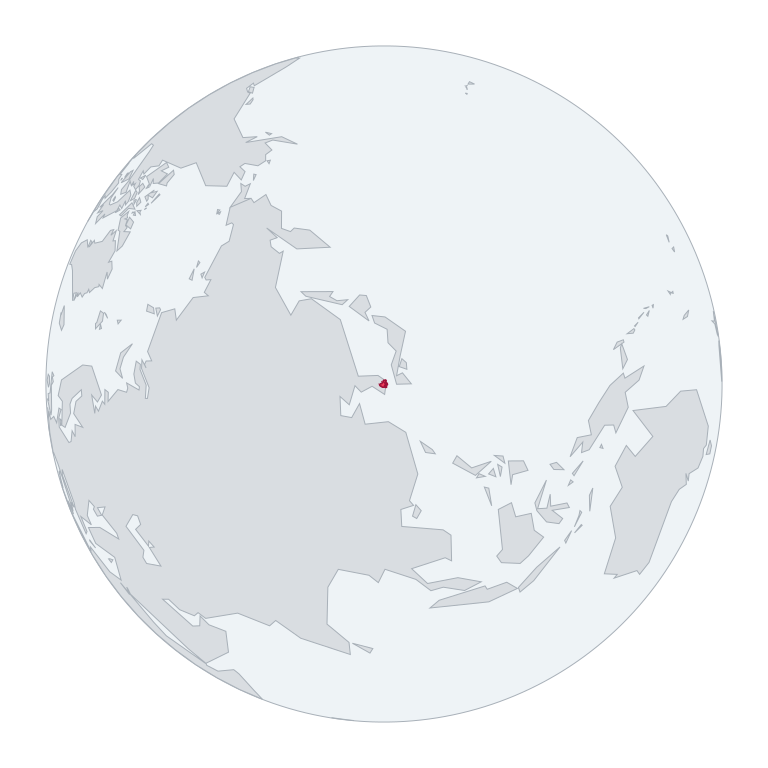 South Gyeongsang highlighted on a globe, orthographic projection, rotated 295°
{"feature_id": "KOR-2505", "entity_name": "South Gyeongsang", "entity_type": "Province", "adm_level": 1, "iso_a3": "KOR", "parent_name": "South Korea", "parent_adm1": "", "projection": "orthographic", "projection_center": [128.367, 35.249], "detail": "fine", "context": "on_globe", "style": "filled", "palette": "rose", "viewbox_px": 768, "rotation_deg": 295, "n_neighbors": 0, "source": "natural_earth", "source_scale": "10m", "svg_char_len": 14448}
<svg xmlns="http://www.w3.org/2000/svg" viewBox="0 0 768 768"><g transform="rotate(295 384 384)"><circle cx="384" cy="384" r="338" fill="#eef3f6" stroke="#a8b0b8"/><path d="M638.6,576.7L638.3,578.2L638.0,578.7L638.6,576.7ZM644.3,168.5L642.1,166.1L643.6,169.7L630.1,161.4L599.5,140.4L601.5,138.5L593.9,134.5L591.0,137.0L590.9,139.8L560.9,136.1L547.7,152.0L554.6,164.6L544.4,156.6L564.9,186.8L564.8,204.2L558.1,180.1L552.2,174.4L548.7,183.5L541.9,179.8L536.3,182.4L528.5,177.5L525.1,164.7L520.0,161.6L517.8,168.3L508.6,168.4L512.5,158.7L496.8,158.0L488.4,138.6L505.2,120.3L493.8,108.7L493.3,88.7L486.6,87.8L482.2,80.9L472.8,77.7L475.4,75.7L465.7,75.0L465.1,77.4L460.7,78.1L455.1,76.7L457.4,73.7L460.6,73.9L458.3,72.4L461.9,71.6L457.0,71.2L460.5,68.2L448.8,69.2L444.7,65.2L449.2,63.9L459.4,66.6L495.3,73.1L503.0,74.1L503.6,71.9L482.4,61.6L486.5,62.3L484.3,61.3L507.4,69.4L529.7,79.1L551.4,90.4L572.1,103.3L591.9,117.6L610.6,133.3L628.1,150.3L644.3,168.5ZM484.0,61.2L477.2,59.2L476.3,59.5L462.5,56.2L463.1,57.8L457.6,57.1L454.0,58.5L443.1,55.8L434.4,52.7L436.8,51.7L433.1,50.7L421.5,50.1L417.1,47.9L406.2,46.8L432.5,49.6L458.5,54.4L484.0,61.2ZM694.1,339.3L691.3,333.4L694.1,333.7L694.1,339.3ZM688.7,332.1L689.9,333.6L688.8,332.8L688.7,332.1ZM687.4,333.1L688.4,332.4L687.5,333.9L687.4,333.1ZM685.9,335.3L686.6,333.8L686.6,334.2L685.9,335.3ZM682.5,336.6L681.6,336.7L682.0,334.7L682.5,336.6ZM592.0,141.9L591.6,137.6L596.8,137.1L597.9,140.9L592.0,141.9ZM581.2,144.4L579.1,140.8L587.8,144.3L586.3,145.2L581.2,144.4ZM561.1,175.0L562.1,170.1L563.4,176.3L561.1,175.0ZM536.9,183.7L538.8,186.4L535.1,186.7L536.9,183.7ZM460.2,60.1L457.2,59.3L459.4,59.4L460.2,60.1ZM461.5,61.6L466.3,62.3L467.6,63.1L464.7,62.7L461.5,61.6ZM519.7,179.6L513.2,179.6L519.2,177.3L519.7,179.6ZM455.3,60.7L469.4,64.6L471.6,66.3L462.1,66.2L455.3,60.7ZM509.0,178.2L493.2,179.3L496.1,185.1L479.1,169.9L498.1,173.5L505.2,169.5L504.5,174.6L509.0,178.2ZM467.4,78.9L467.7,76.2L472.6,79.9L467.4,78.9ZM471.6,81.2L492.9,93.3L489.5,97.3L483.1,92.1L482.9,98.9L470.9,94.7L468.2,90.1L472.8,88.2L464.7,88.2L471.6,81.2ZM472.3,161.7L468.0,160.4L471.8,159.4L472.3,161.7ZM459.3,78.7L463.9,80.6L461.4,84.0L451.7,81.0L455.6,80.8L459.3,78.7ZM488.8,102.9L485.2,105.3L474.5,102.5L471.6,103.2L470.3,95.0L488.8,102.9ZM453.4,79.3L446.8,79.5L443.0,76.7L454.6,77.2L453.4,79.3ZM464.8,86.3L463.1,87.9L460.9,85.9L464.8,86.3ZM425.6,68.0L431.1,69.5L430.3,71.3L425.6,68.0ZM444.7,79.8L446.0,80.7L446.3,81.8L441.4,81.4L444.7,79.8ZM462.8,93.9L459.1,92.4L462.8,97.0L454.9,95.5L455.4,90.5L451.9,92.1L449.4,91.7L452.6,88.2L462.8,93.9ZM437.2,84.4L435.2,78.3L425.1,74.7L425.5,72.8L441.7,79.0L437.2,84.4ZM446.0,86.8L440.6,84.8L443.9,83.2L449.6,83.7L446.0,86.8ZM449.3,96.5L461.3,100.0L460.8,101.0L449.3,96.5ZM433.6,83.5L434.2,85.1L432.5,83.4L433.6,83.5ZM443.7,92.7L448.1,93.7L447.3,94.8L443.7,92.7ZM431.7,87.6L431.1,85.5L434.9,85.5L431.7,87.6ZM436.7,90.1L434.7,91.5L436.6,86.8L438.7,90.4L436.7,90.1ZM442.4,93.6L443.3,94.6L440.7,93.1L442.4,93.6ZM417.5,88.8L419.1,82.9L427.6,83.0L424.9,88.6L417.5,88.8ZM154.8,135.7L148.7,141.8L143.8,146.9L136.1,154.4L108.5,189.3L112.2,186.9L97.9,214.9L95.2,228.6L113.1,213.2L117.7,190.1L129.0,176.8L133.9,187.0L131.4,209.1L135.8,204.8L146.2,184.0L154.7,183.1L150.8,176.6L145.7,183.6L143.1,180.1L147.7,173.6L150.5,173.3L153.8,165.8L139.5,170.6L132.7,178.3L135.8,165.3L124.8,177.2L122.4,177.3L140.1,157.3L145.3,153.4L170.6,128.4L165.4,131.1L141.2,155.3L144.7,150.6L137.5,155.9L145.8,148.2L173.7,122.4L182.5,113.3L180.3,114.4L204.2,97.9L197.2,102.5L203.1,99.2L220.7,89.0L212.9,94.1L217.6,91.8L211.1,96.9L215.1,98.4L210.5,103.7L224.8,99.6L224.4,102.1L216.0,103.5L207.7,107.9L197.8,123.2L199.6,124.7L209.8,121.1L205.7,126.4L216.8,121.1L217.4,129.3L226.0,115.3L238.1,112.2L245.4,115.2L250.9,112.1L239.1,107.4L233.0,107.9L225.2,112.2L209.9,113.3L210.5,109.4L232.4,99.8L235.8,93.6L251.4,90.0L273.9,102.9L276.7,111.6L254.6,132.6L246.6,131.9L250.5,123.7L235.1,134.3L242.0,131.9L238.7,136.7L249.4,136.0L247.6,139.5L261.0,133.4L260.0,137.6L251.5,141.3L266.5,145.2L267.7,154.2L272.0,153.5L276.2,150.3L275.0,164.5L278.2,163.5L279.8,158.3L287.3,153.1L300.0,149.8L298.9,154.9L294.1,156.7L282.5,168.9L270.1,173.8L270.9,175.7L281.4,172.7L295.6,157.7L303.6,154.4L298.0,161.6L300.6,158.7L304.3,158.7L306.8,163.7L313.5,156.0L354.7,152.3L363.7,162.6L354.1,168.8L381.7,174.5L389.7,187.5L391.1,182.4L405.4,183.0L403.1,178.8L404.9,176.5L440.4,178.3L447.9,183.3L464.9,180.2L465.7,177.9L461.1,173.8L479.1,169.9L496.1,185.1L493.4,189.5L505.8,196.9L498.1,206.2L497.4,218.1L481.7,225.3L482.6,234.8L487.4,236.7L492.1,251.7L485.2,277.4L469.6,247.9L475.8,211.7L471.5,225.3L466.2,220.0L460.7,223.7L458.2,234.0L461.8,236.5L425.6,244.8L407.0,270.5L423.5,272.0L430.6,282.2L423.9,317.2L380.2,357.4L389.2,374.9L387.5,385.0L374.8,389.0L376.9,374.2L367.0,366.8L370.2,358.4L350.5,361.3L354.1,349.4L337.1,358.2L339.9,368.9L355.9,370.1L339.6,383.9L351.7,403.9L349.4,424.2L316.7,452.7L289.0,456.4L286.5,462.1L277.4,452.3L262.4,460.3L276.8,499.2L275.3,508.6L252.3,520.0L252.4,512.9L228.3,487.1L221.6,507.8L239.7,532.8L245.8,555.7L230.9,544.3L224.9,523.6L216.5,513.9L220.4,495.5L216.5,463.2L201.6,462.8L204.3,451.2L196.7,420.9L176.1,419.0L142.3,433.8L135.0,461.5L124.6,467.8L118.4,416.0L123.9,385.8L116.5,382.5L114.5,348.2L96.2,321.4L98.2,312.1L93.8,310.1L93.1,294.2L97.9,279.7L95.4,274.3L83.8,313.0L87.0,319.2L96.1,315.3L91.8,327.1L93.0,345.2L75.2,356.4L55.6,340.6L61.4,318.3L86.4,243.0L90.0,238.6L90.4,237.9L91.2,236.6L85.6,242.5L92.5,229.1L70.8,275.9L63.8,293.1L55.2,341.2L54.1,342.3L53.6,354.9L61.6,368.6L60.0,375.1L51.5,395.4L46.9,407.1L46.1,381.9L47.2,356.8L50.1,331.8L55.0,307.1L61.6,282.8L70.0,259.1L80.2,236.1L92.0,213.9L105.5,192.6L120.5,172.4L137.0,153.4L154.8,135.7ZM121.0,244.7L124.7,258.8L136.7,240.4L139.1,244.6L142.3,237.2L137.5,239.1L147.3,220.3L153.9,222.8L160.4,216.4L159.5,211.5L146.0,210.3L131.8,236.7L125.1,238.7L121.0,244.7ZM249.7,77.5L243.1,80.6L239.2,81.3L245.2,77.0L250.9,75.6L249.7,77.5ZM234.8,85.1L254.9,78.1L252.0,81.3L250.2,80.5L246.3,83.3L242.3,83.0L219.9,93.8L215.0,95.4L228.6,85.1L226.9,87.2L233.4,83.7L234.8,85.1ZM311.3,62.0L320.0,61.1L302.5,68.9L296.4,69.0L301.9,64.0L312.4,61.1L311.3,62.0ZM435.9,60.6L440.3,61.2L439.7,61.8L435.4,61.8L435.9,60.6ZM428.2,68.6L415.8,59.2L420.2,59.2L407.6,54.8L414.4,53.4L422.4,56.1L418.1,52.2L428.1,54.1L423.9,51.7L440.9,57.9L449.7,60.1L437.3,58.0L430.8,59.1L430.6,60.3L436.6,65.6L452.3,71.8L448.3,74.7L441.3,75.1L437.0,74.0L440.9,72.3L432.2,72.1L434.6,69.0L428.2,68.6ZM362.1,89.0L368.5,85.7L351.5,88.4L353.8,83.7L351.7,84.4L349.1,81.1L342.4,78.4L345.0,76.4L341.2,76.3L339.5,74.4L335.2,73.7L338.3,70.2L333.4,69.3L337.7,68.2L328.3,67.6L336.7,66.6L335.2,64.6L327.8,66.6L355.2,53.7L360.2,50.4L359.8,48.6L374.3,48.2L384.0,50.1L389.3,54.1L382.5,57.9L390.3,57.5L389.3,59.4L383.5,58.9L391.8,60.8L389.4,62.4L394.2,68.4L407.6,71.2L409.7,73.8L403.3,73.6L409.8,76.5L399.1,77.9L400.4,80.0L391.0,84.0L377.9,82.9L380.3,85.4L373.3,89.0L362.1,89.0ZM414.6,89.7L398.4,88.5L391.7,85.7L410.7,80.1L411.1,78.0L423.1,75.2L432.5,79.7L428.2,80.0L426.3,81.4L424.1,79.4L424.4,82.0L418.4,82.7L417.1,85.1L412.2,83.9L414.6,89.7ZM144.7,146.9L142.1,150.0L139.4,153.7L134.8,157.6L144.7,146.9ZM163.4,129.0L162.0,130.7L154.2,137.1L157.0,134.2L163.4,129.0ZM167.8,126.7L162.5,130.3L167.0,126.6L167.8,126.7ZM215.4,105.2L214.6,107.3L212.0,108.5L209.3,108.7L215.4,105.2ZM312.1,99.2L316.9,97.0L318.3,97.7L330.4,96.1L329.6,99.9L322.0,102.3L312.1,99.2ZM110.1,212.6L107.0,212.3L109.1,208.3L109.7,209.2L110.1,212.6ZM118.5,182.8L113.5,191.9L117.4,183.8L118.5,182.8ZM313.3,103.0L318.4,101.8L314.9,104.5L313.3,103.0ZM329.7,102.7L326.7,105.8L330.9,100.2L329.7,102.7ZM60.5,481.7L59.4,477.4L65.2,496.0L66.3,499.1L60.5,481.7ZM329.6,619.6L340.0,622.2L339.7,623.3L329.6,619.6ZM318.6,613.8L330.4,616.0L316.7,616.0L318.6,613.8ZM335.0,616.9L347.0,616.3L352.1,615.1L351.3,617.4L335.0,616.9ZM310.7,612.4L269.0,602.8L252.9,595.2L256.4,591.8L282.4,599.8L310.7,612.4ZM255.1,591.3L230.9,571.1L200.4,520.3L211.3,525.4L243.7,560.9L241.6,564.3L256.2,579.0L255.1,591.3ZM314.9,582.0L312.7,593.4L289.3,587.6L278.9,583.2L271.7,565.9L275.7,558.9L284.1,561.3L318.6,540.6L330.3,549.7L319.3,559.5L329.0,572.1L314.9,582.0ZM135.7,464.9L139.5,485.7L134.2,485.0L135.7,464.9ZM333.9,523.0L319.1,533.1L333.0,518.5L333.9,523.0ZM342.9,508.1L343.1,514.8L338.0,507.5L342.9,508.1ZM284.9,471.3L275.9,470.5L276.3,465.7L288.1,463.9L284.9,471.3ZM347.4,441.1L345.0,455.5L342.4,460.0L339.5,450.6L347.4,441.1ZM314.2,139.0L298.2,136.5L286.2,138.3L278.6,144.7L282.4,135.2L300.9,132.2L314.2,139.0ZM349.8,149.9L356.3,145.1L358.2,148.5L356.9,150.1L349.8,149.9ZM350.5,146.1L349.7,138.0L356.4,136.3L355.7,142.9L350.5,146.1ZM330.8,118.8L326.1,117.6L329.1,115.3L330.8,118.8ZM560.4,671.3L564.9,669.1L555.4,675.1L542.1,682.7L528.9,689.1L560.4,671.3ZM458.4,708.8L456.2,705.8L471.1,703.2L466.4,706.9L458.4,708.8ZM569.8,665.1L578.2,658.5L579.8,654.5L580.7,656.9L589.3,651.6L568.2,667.1L569.8,665.1ZM398.9,694.2L334.3,699.6L319.5,696.1L321.8,692.1L305.3,674.6L310.0,675.8L305.1,663.9L342.4,659.0L368.7,640.7L391.1,643.6L407.1,628.2L430.7,629.6L424.5,642.3L450.1,649.8L465.2,620.9L482.9,649.1L502.9,655.9L510.9,669.7L482.9,695.7L464.9,701.9L460.5,700.9L453.2,703.6L440.6,704.1L431.7,698.4L424.6,700.8L430.6,695.4L420.8,700.4L413.3,696.1L398.9,694.2ZM569.0,627.7L573.0,627.1L579.9,628.9L573.4,630.5L569.0,627.7ZM628.5,587.8L630.6,588.6L626.4,591.6L628.5,587.8ZM638.0,578.7L632.9,582.6L638.6,576.7L638.0,578.7ZM587.9,605.6L590.0,606.6L588.4,607.8L587.9,605.6ZM586.2,605.6L588.3,602.1L588.3,604.9L586.2,605.6ZM566.4,595.8L568.6,593.7L569.8,594.6L566.4,595.8ZM355.6,624.3L369.9,617.2L378.0,617.2L355.6,624.3ZM562.8,593.4L556.9,594.5L557.5,592.7L562.8,593.4ZM563.0,589.4L562.2,587.2L566.2,591.8L563.0,589.4ZM551.5,586.7L558.9,589.3L550.8,587.4L551.5,586.7ZM547.4,588.2L542.2,587.3L542.5,586.5L547.4,588.2ZM491.1,599.9L510.2,612.0L495.3,613.5L478.4,606.1L466.1,615.2L437.7,614.8L443.9,609.5L439.9,601.4L411.1,597.7L405.3,592.0L415.4,588.7L396.7,583.4L417.1,581.8L425.6,593.4L437.3,584.7L457.8,586.6L478.2,589.4L495.0,596.3L491.1,599.9ZM417.6,606.5L421.2,606.6L418.2,609.7L417.6,606.5ZM532.3,583.1L539.8,587.1L539.0,588.5L535.4,588.4L532.3,583.1ZM498.7,594.0L516.6,582.9L520.9,582.5L509.1,594.3L498.7,594.0ZM512.1,577.4L520.5,577.6L525.2,582.2L523.4,583.8L512.1,577.4ZM376.0,593.7L375.2,596.8L370.0,593.9L376.0,593.7ZM382.6,592.5L398.5,597.0L381.2,595.0L382.6,592.5ZM335.9,575.9L340.3,584.1L354.4,581.2L343.7,586.7L353.5,600.1L350.4,604.2L340.6,589.8L337.6,602.8L331.4,601.6L327.7,589.6L333.8,576.1L340.0,571.0L365.6,571.8L335.9,575.9ZM382.4,583.3L378.3,574.1L381.4,568.4L385.9,573.5L382.4,583.3ZM366.6,551.0L356.2,538.9L346.4,541.7L366.8,529.2L373.3,542.9L366.6,551.0ZM358.6,526.1L349.3,528.6L359.2,521.0L358.6,526.1ZM347.2,524.6L346.7,516.8L353.7,518.8L347.2,524.6ZM363.3,527.0L365.9,514.2L369.0,522.3L363.3,527.0ZM345.0,498.9L359.3,513.9L339.8,505.5L341.3,479.7L349.8,480.4L345.0,498.9ZM407.0,398.5L406.2,390.5L414.5,389.5L412.8,395.2L407.0,398.5ZM440.9,381.2L416.5,386.7L396.8,391.9L401.9,396.0L395.7,408.7L389.1,395.5L404.4,382.5L419.0,381.1L423.1,370.2L434.9,363.7L435.3,349.7L441.0,344.2L445.2,356.6L440.9,381.2ZM434.8,343.8L439.6,319.7L454.4,324.3L456.7,330.6L448.2,339.5L440.9,336.5L434.8,343.8ZM445.1,315.5L438.2,312.6L430.5,276.1L432.6,269.8L446.2,298.7L440.3,297.7L439.6,306.2L445.1,315.5ZM468.3,163.2L468.0,160.7L471.0,163.1L468.3,163.2ZM403.3,174.3L406.2,171.6L409.6,174.1L403.3,174.3ZM416.3,165.8L410.4,164.8L417.1,163.8L416.3,165.8ZM397.0,163.0L408.2,163.3L396.9,166.2L397.0,163.0Z" fill="#d9dde1" stroke="#a8b0b8" stroke-width="1"/><path d="M386.9,384.7L386.7,385.0L386.6,384.7L386.5,384.8L386.5,385.0L386.4,385.0L386.0,385.0L386.0,384.9L386.0,385.0L385.9,385.0L385.8,384.9L385.7,384.8L385.6,384.6L385.5,384.8L385.4,384.7L385.2,384.6L385.2,384.4L385.2,384.2L385.1,384.3L385.1,384.5L385.1,384.8L385.3,384.9L385.3,385.0L385.2,385.1L385.4,385.1L385.2,385.1L385.0,384.9L384.8,384.9L384.7,384.9L384.6,385.0L384.3,385.1L384.1,385.2L384.1,385.3L384.5,385.2L384.6,385.3L384.6,385.5L384.4,385.5L384.4,385.9L384.3,386.1L384.5,386.0L384.3,386.4L384.2,386.4L383.9,386.2L384.0,386.0L383.8,385.8L383.7,386.0L383.5,385.9L383.4,385.8L383.2,385.9L383.2,386.0L382.9,386.1L382.8,385.9L382.7,385.9L382.5,385.7L382.5,385.3L382.5,385.2L382.4,385.2L382.3,385.3L382.2,385.3L382.3,385.5L382.1,385.5L382.0,385.4L381.9,385.4L381.9,385.5L381.7,385.8L381.4,385.8L381.3,385.7L381.2,385.4L380.9,385.1L380.8,384.9L380.7,384.7L380.5,384.2L380.4,384.0L380.4,383.8L380.5,383.7L380.5,383.4L380.7,383.2L380.8,383.0L380.7,383.0L380.6,382.9L380.7,382.7L380.6,382.4L380.5,382.2L380.6,381.9L380.6,381.7L380.8,381.5L380.8,381.3L380.8,381.1L381.1,380.9L381.1,380.7L381.3,380.7L381.6,380.5L381.7,380.4L381.8,380.2L381.9,380.4L382.0,380.4L382.1,380.5L382.3,380.6L382.7,380.7L382.8,380.8L383.0,381.0L383.3,381.3L383.2,381.6L383.3,381.9L383.6,381.9L383.9,381.9L384.0,381.9L384.1,382.0L384.3,382.1L384.5,381.9L384.8,381.8L384.9,381.7L384.9,382.0L385.0,382.2L385.2,382.3L385.5,382.2L385.7,382.3L385.8,382.3L386.0,382.3L386.2,382.2L386.3,382.2L386.6,382.0L386.8,382.0L387.1,382.0L387.1,382.3L387.0,382.5L387.3,382.7L387.5,382.8L387.7,383.0L387.9,383.2L388.0,383.3L388.2,383.5L388.3,383.6L388.3,383.8L388.2,383.9L388.3,384.0L388.2,384.3L388.0,384.5L387.9,384.4L387.7,384.2L387.6,383.9L387.4,383.9L387.2,384.0L387.1,384.4L387.0,384.5L386.9,384.6L386.9,384.7ZM385.8,386.2L385.8,386.3L385.7,386.4L385.7,386.5L385.8,386.6L385.7,386.7L385.4,386.8L385.5,386.9L385.5,387.0L385.2,387.2L385.1,386.9L384.9,386.8L385.0,386.7L385.1,386.4L385.0,386.5L384.9,386.5L384.7,386.5L384.7,386.4L384.6,386.2L384.8,386.1L385.0,386.0L385.3,386.1L385.2,385.9L385.2,385.7L385.6,385.5L385.5,385.4L385.7,385.6L385.8,385.8L385.8,386.0L385.7,386.2L385.8,386.2L385.8,386.2ZM382.6,386.6L382.5,386.8L382.5,387.0L382.4,387.3L382.3,387.2L382.2,387.2L382.0,386.9L381.9,386.8L381.8,387.0L381.7,387.2L381.5,386.9L381.4,386.4L381.4,386.2L381.5,386.1L381.6,385.9L381.8,385.8L381.9,386.0L381.8,386.3L381.9,386.5L382.0,386.5L382.3,386.5L382.6,386.6ZM382.5,386.3L382.4,386.4L382.2,386.4L382.1,386.2L382.3,386.0L382.3,386.3L382.3,386.2L382.5,386.1L382.5,386.3ZM384.1,386.5L384.3,386.5L384.3,386.8L384.2,386.9L384.1,386.7L383.9,386.5L383.9,386.4L384.0,386.5L384.1,386.5ZM386.3,385.3L386.3,385.5L386.2,385.5L386.2,385.4L386.1,385.2L386.3,385.1L386.3,385.3ZM383.6,387.6L383.4,387.7L383.4,387.8L383.4,387.7L383.5,387.6L383.6,387.6ZM383.4,386.4L383.5,386.5L383.4,386.6L383.2,386.6L383.3,386.5L383.3,386.4L383.4,386.4Z" fill="#f43f5e" stroke="#9f1239" stroke-width="1.5"/></g></svg>